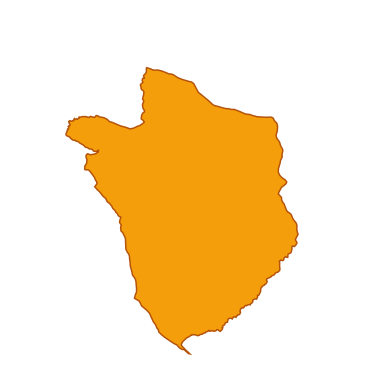 outline of Nanyumbu, Mtwara, United Republic of Tanzania, rotated 234°
{"feature_id": "72390352B85678020314776", "entity_name": "Nanyumbu", "entity_type": "district", "adm_level": 2, "iso_a3": "TZA", "parent_name": "United Republic of Tanzania", "parent_adm1": "Mtwara", "projection": "mercator", "projection_center": [38.515, -11.051], "detail": "fine", "context": "isolated", "style": "filled", "palette": "amber", "viewbox_px": 384, "rotation_deg": 234, "n_neighbors": 0, "source": "geoboundaries", "source_scale": "gbopen_adm2", "svg_char_len": 5919}
<svg xmlns="http://www.w3.org/2000/svg" viewBox="0 0 384 384"><g transform="rotate(234 192 192)"><path d="M62.4,95.1L67.6,94.1L73.3,93.3L74.4,93.4L75.0,93.8L76.2,96.1L76.8,99.0L77.0,100.9L77.1,102.1L76.6,105.1L76.7,106.5L76.4,107.4L76.7,108.2L75.7,108.9L74.9,110.5L72.5,112.0L72.4,112.5L71.8,113.5L71.9,114.7L70.8,117.2L71.0,118.4L70.9,119.1L70.3,119.6L70.5,121.0L70.0,123.0L70.1,124.1L69.8,123.9L69.1,124.3L68.8,125.2L68.0,126.2L68.0,126.9L66.5,127.9L66.5,128.2L66.0,128.7L65.7,130.3L66.0,131.3L65.8,131.5L65.0,132.1L63.2,132.6L62.7,132.9L62.9,133.9L62.8,134.3L62.9,134.9L63.1,135.7L63.9,136.5L63.9,136.9L64.1,137.2L64.8,137.0L64.9,137.6L65.7,138.6L65.4,139.9L65.5,140.5L66.0,141.1L66.6,142.5L66.1,143.2L65.8,144.1L68.0,146.6L68.1,147.0L67.2,149.1L65.6,150.0L66.3,151.5L66.4,152.2L65.8,153.2L64.8,153.9L65.4,155.0L65.3,155.9L65.6,156.2L65.7,156.7L65.0,158.1L65.2,159.1L66.3,160.7L67.2,160.6L67.5,161.1L68.2,161.7L68.8,162.9L68.9,164.6L68.6,164.9L68.2,165.0L68.2,166.6L68.7,167.7L68.7,168.7L67.9,169.3L67.9,171.1L67.4,171.6L67.1,172.5L66.5,172.8L66.7,173.2L67.0,173.5L67.0,175.2L67.5,176.7L68.7,177.5L68.8,177.9L68.5,180.1L68.3,180.6L67.5,181.1L67.5,181.6L68.7,183.6L69.7,184.0L69.9,184.4L69.3,185.2L69.4,185.8L71.1,188.8L71.6,189.4L73.0,190.4L74.1,192.1L74.0,192.6L74.5,193.7L74.1,195.9L74.5,196.5L74.3,197.9L74.6,198.7L75.3,200.1L76.1,200.4L76.6,200.3L77.3,200.7L77.6,201.1L77.7,201.9L76.9,206.0L77.3,207.6L76.7,209.3L76.8,210.3L77.4,211.9L77.4,212.6L76.7,214.1L76.7,214.7L77.0,215.4L76.8,216.2L77.0,216.8L78.5,218.2L79.5,218.6L82.3,220.6L82.8,221.1L84.6,221.9L84.7,222.1L84.4,222.4L84.8,223.9L83.3,224.9L83.1,225.4L83.1,225.9L83.4,226.5L84.5,227.7L84.7,228.4L84.6,229.9L83.2,230.4L82.9,231.1L83.6,231.8L84.6,232.5L85.2,233.2L85.2,233.8L84.8,235.6L84.8,236.4L85.4,237.3L87.4,239.6L88.1,239.8L89.2,241.0L89.1,241.8L88.6,242.2L87.9,242.4L87.7,242.9L88.0,244.6L88.5,245.8L89.0,246.8L89.7,247.3L91.8,247.4L92.9,247.9L95.6,253.1L97.7,253.6L100.7,255.2L103.4,257.3L105.7,258.0L110.4,257.8L115.7,259.0L117.8,258.6L120.0,257.6L122.6,257.9L128.2,259.5L130.1,259.4L132.8,259.8L135.0,261.2L139.7,260.7L140.8,262.2L143.2,267.1L143.2,270.1L143.5,273.1L144.5,274.6L147.6,274.4L149.6,273.5L151.7,273.0L154.5,272.8L157.6,273.6L160.1,275.7L163.6,280.2L165.5,282.2L167.5,285.8L168.1,285.8L170.0,287.5L172.2,289.9L173.4,290.4L177.3,290.9L181.1,292.2L185.9,292.2L188.1,293.2L189.1,293.9L190.6,296.2L194.0,299.2L195.8,300.3L197.1,300.8L198.0,301.0L198.8,301.0L199.5,300.7L200.7,300.7L202.1,300.7L204.0,301.1L204.9,300.8L206.1,300.0L207.8,297.6L208.3,296.6L214.5,289.0L218.1,286.1L220.7,284.3L223.8,281.0L230.1,277.3L234.0,274.7L235.8,272.2L237.8,270.7L239.0,269.0L240.4,267.7L243.7,265.0L247.0,262.5L248.1,261.4L249.5,260.6L250.3,260.2L256.4,259.0L269.0,255.7L278.8,257.1L281.3,256.3L283.4,254.4L288.6,250.4L292.6,247.8L298.0,245.7L299.6,244.6L300.8,243.0L307.2,239.0L310.6,236.2L312.9,232.9L314.2,231.8L315.7,231.0L319.0,228.6L319.2,228.3L318.4,227.3L316.1,225.9L315.3,224.5L314.9,222.3L314.6,221.2L313.7,220.8L312.3,220.6L312.1,220.4L312.1,220.1L312.9,219.0L312.2,217.9L311.3,217.1L309.9,217.0L309.6,216.6L309.3,213.7L308.9,213.1L308.4,213.1L305.4,211.6L304.3,211.5L302.9,212.0L301.3,212.0L300.2,210.9L298.7,209.7L298.3,208.9L296.3,206.7L295.7,206.5L294.3,206.6L293.5,206.0L292.1,203.6L290.7,202.6L288.0,201.4L285.7,201.4L284.7,200.6L284.9,199.2L284.3,197.6L283.6,196.3L281.5,194.3L280.9,193.9L279.3,194.4L276.8,194.6L276.6,194.5L276.4,193.0L276.4,189.2L277.3,186.1L278.0,182.3L279.1,179.8L280.4,178.1L281.5,177.8L281.9,177.2L283.0,176.7L286.3,173.9L288.6,172.3L294.4,168.9L296.4,167.5L296.8,166.9L297.9,166.5L298.9,166.4L301.4,165.8L302.0,165.3L303.2,164.9L305.4,163.1L306.6,161.7L308.8,160.6L309.1,160.1L309.8,160.0L310.2,159.1L309.8,158.3L309.6,157.1L311.7,155.1L312.7,154.5L312.9,154.0L312.9,152.4L313.5,152.0L313.8,151.4L315.1,150.8L315.5,150.4L315.6,149.8L316.3,149.3L317.6,147.3L317.8,146.3L319.0,144.8L318.9,144.4L318.1,144.1L318.4,143.4L318.1,142.2L319.0,141.7L319.0,141.0L319.4,140.6L319.4,140.3L320.4,140.1L320.1,139.7L320.3,139.4L319.6,138.9L319.8,138.6L319.5,138.1L319.7,137.8L319.5,137.4L319.9,137.0L320.0,136.3L320.4,135.7L321.4,135.3L321.6,134.4L321.5,133.7L321.2,133.5L320.7,133.7L319.8,133.1L319.6,133.3L319.1,133.0L317.9,132.8L317.8,132.4L317.5,132.1L317.9,131.3L317.8,130.8L317.5,130.7L317.6,130.3L316.4,130.1L316.0,129.4L316.1,128.7L315.3,128.4L315.5,127.8L315.3,127.3L314.4,126.6L313.6,124.9L312.7,123.9L311.6,123.6L310.7,124.0L309.2,124.9L308.0,125.4L305.8,125.5L303.7,126.4L302.6,127.8L301.2,128.1L299.6,129.6L297.5,130.0L293.7,131.8L291.5,132.0L290.7,132.3L289.5,133.4L287.1,134.3L285.9,135.8L284.3,136.5L283.7,136.3L282.7,136.6L282.0,137.3L281.2,138.0L280.9,139.2L281.0,140.1L280.7,140.8L279.6,140.0L279.5,139.7L279.5,136.9L280.5,134.3L281.2,133.3L281.3,132.4L282.1,131.5L284.2,130.1L284.3,129.8L284.3,128.6L283.2,127.2L281.5,126.4L280.1,126.2L277.5,123.9L276.8,122.9L276.3,121.3L275.7,120.2L274.6,119.6L273.7,118.7L272.9,118.6L270.9,121.0L269.9,121.5L264.6,121.7L260.5,121.6L259.0,121.0L256.6,120.9L255.4,120.5L254.6,120.1L253.4,116.4L248.9,116.8L246.9,117.3L240.4,117.6L238.0,118.3L237.0,118.3L234.4,117.8L233.4,117.8L231.5,118.5L228.1,118.8L225.4,118.3L221.8,118.9L220.5,118.4L218.9,118.9L218.2,118.9L216.5,118.5L215.7,118.5L214.0,119.3L213.7,119.7L213.2,119.3L211.3,116.8L210.2,115.7L209.1,115.4L207.4,115.4L206.8,115.2L205.4,113.6L204.7,113.0L202.2,111.7L201.3,111.7L200.3,112.1L199.7,112.1L197.0,111.5L196.0,111.5L193.3,110.7L184.6,104.9L181.2,104.3L178.9,104.3L176.9,103.7L174.4,102.1L171.1,100.4L168.8,98.8L161.8,96.1L160.0,95.1L154.9,95.0L152.3,93.9L146.5,90.4L143.7,88.3L142.2,85.9L139.8,83.0L135.1,85.1L132.5,84.9L129.5,84.3L122.4,86.0L118.6,86.3L114.6,85.4L111.2,84.8L110.5,84.5L106.1,84.5L104.3,84.2L103.5,83.8L101.7,83.6L100.9,83.9L98.1,82.9L94.7,83.4L90.2,84.6L79.9,88.4L77.4,89.8L73.5,90.2L70.8,91.2L69.1,93.0L63.5,94.1L62.4,95.1Z" fill="#f59e0b" stroke="#b45309" stroke-width="1.5"/></g></svg>